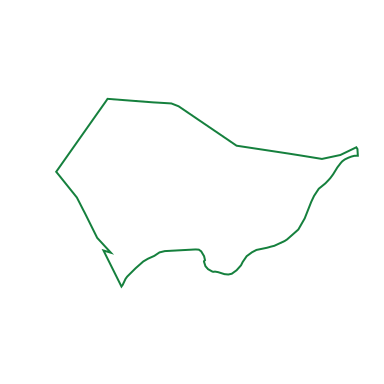 Jefferson, Kentucky, United States of America (orthographic projection), rotated 208°
{"feature_id": "52423323B58327264964299", "entity_name": "Jefferson", "entity_type": "district", "adm_level": 2, "iso_a3": "USA", "parent_name": "United States of America", "parent_adm1": "Kentucky", "projection": "orthographic", "projection_center": [-85.758, 38.189], "detail": "fine", "context": "isolated", "style": "outline", "palette": "green", "viewbox_px": 384, "rotation_deg": 208, "n_neighbors": 0, "source": "geoboundaries", "source_scale": "gbopen_adm2", "svg_char_len": 1234}
<svg xmlns="http://www.w3.org/2000/svg" viewBox="0 0 384 384"><g transform="rotate(208 192 192)"><path d="M136.6,131.3L135.4,131.7L134.4,132.5L131.3,133.5L124.8,134.7L121.2,136.2L118.5,138.5L115.9,143.8L114.3,150.3L114.4,154.0L113.6,161.0L110.8,166.8L110.7,167.0L107.9,171.1L99.7,177.9L98.1,179.4L97.5,180.0L96.9,180.6L94.1,183.1L87.2,192.2L85.8,194.7L84.9,197.1L80.5,208.8L80.1,221.6L82.1,239.3L82.4,245.9L81.6,254.4L78.3,262.2L77.1,266.4L76.4,269.2L75.7,273.9L75.2,281.9L74.3,287.3L73.8,289.4L73.1,291.0L72.3,292.6L70.0,295.7L67.9,298.1L65.6,300.2L62.6,301.9L66.1,307.6L67.9,308.6L78.4,294.3L92.8,282.2L112.2,275.6L124.4,271.4L137.2,266.9L174.4,253.8L180.7,254.5L220.2,258.8L244.1,261.4L251.8,260.5L262.1,255.8L268.6,252.8L310.3,234.6L310.8,230.1L312.5,216.9L321.4,146.1L318.3,144.8L291.1,133.1L287.2,130.4L279.5,125.0L276.7,123.1L263.0,113.3L254.2,107.0L235.1,100.3L242.7,98.8L209.9,75.4L209.6,77.6L209.9,84.1L209.5,86.9L206.0,98.2L202.4,107.8L199.5,112.5L195.3,117.9L192.3,123.5L191.9,123.8L188.2,127.1L187.0,127.8L174.1,135.6L164.3,141.5L161.8,143.0L158.9,144.3L156.0,143.9L151.2,141.0L148.5,137.9L148.9,136.7L148.8,136.2L145.3,132.8L141.6,131.4L136.6,131.3L136.6,131.3Z" fill="none" stroke="#15803d" stroke-width="2"/></g></svg>